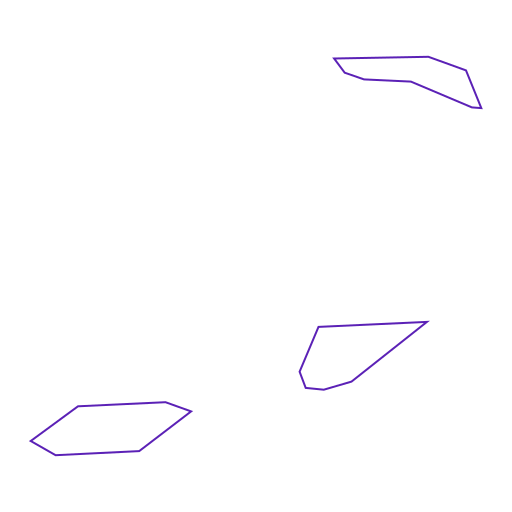 an SVG outline of British Virgin Islands
{"feature_id": "VGB", "entity_name": "British Virgin Islands", "entity_type": "country or territory", "adm_level": 0, "iso_a3": "VGB", "parent_name": "North America", "parent_adm1": "", "projection": "orthographic", "projection_center": [-64.441, 18.576], "detail": "fine", "context": "isolated", "style": "outline", "palette": "violet", "viewbox_px": 512, "rotation_deg": 0, "n_neighbors": 0, "source": "natural_earth", "source_scale": "50m", "svg_char_len": 395}
<svg xmlns="http://www.w3.org/2000/svg" viewBox="0 0 512 512"><path d="M139.2,451.1L55.6,455.2L30.7,441.0L78.0,406.3L165.5,402.2L191.1,411.4L139.2,451.1ZM351.5,381.6L323.8,389.7L305.7,387.9L299.6,371.7L318.5,326.9L426.9,321.9L351.5,381.6ZM466.0,70.4L481.3,108.1L471.9,107.4L410.9,81.6L364.0,79.4L344.7,72.7L334.1,58.5L428.4,56.8L466.0,70.4Z" fill="none" stroke="#5b21b6" stroke-width="2"/></svg>